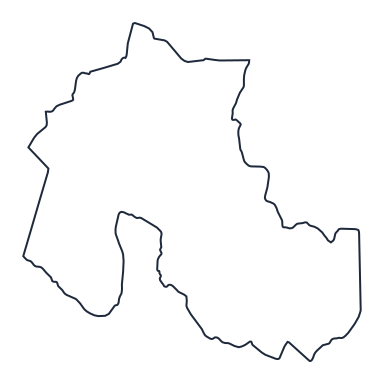 the border of Jujuy
{"feature_id": "ARG-1301", "entity_name": "Jujuy", "entity_type": "Province", "adm_level": 1, "iso_a3": "ARG", "parent_name": "Argentina", "parent_adm1": "", "projection": "albers", "projection_center": [-65.702, -23.2], "detail": "fine", "context": "isolated", "style": "outline", "palette": "slate", "viewbox_px": 384, "rotation_deg": 0, "n_neighbors": 0, "source": "natural_earth", "source_scale": "10m", "svg_char_len": 5088}
<svg xmlns="http://www.w3.org/2000/svg" viewBox="0 0 384 384"><path d="M23.3,256.2L23.6,255.0L31.1,229.5L38.5,204.1L46.0,178.7L47.9,172.3L48.4,168.5L28.4,147.4L34.0,137.9L37.2,133.9L45.4,127.2L46.6,125.4L46.9,122.8L45.8,111.7L47.7,111.6L50.2,111.8L51.9,111.4L53.3,110.4L54.3,108.8L56.5,106.3L59.5,104.8L71.8,100.8L73.1,99.9L73.1,98.6L72.4,95.2L72.7,94.2L74.1,92.4L74.9,89.7L76.1,80.8L76.9,78.0L78.3,75.7L80.9,73.4L82.4,72.7L83.6,72.8L84.8,73.2L87.0,73.5L88.8,74.1L89.3,73.9L89.7,73.2L90.0,72.3L90.4,71.7L103.2,68.1L117.9,63.7L120.6,61.6L121.0,60.5L121.7,59.3L122.5,58.4L123.5,57.8L124.9,57.6L125.4,57.9L125.6,57.7L126.3,56.3L126.7,54.5L127.8,43.4L133.0,23.7L134.9,23.0L144.3,26.1L149.1,28.5L152.5,32.2L153.9,38.0L154.4,38.6L164.6,40.4L167.1,41.8L181.3,58.6L184.5,60.9L187.9,62.0L203.3,60.2L204.1,59.8L204.6,59.3L205.2,58.8L206.1,58.7L213.8,59.8L219.7,60.5L249.2,60.2L249.0,62.8L248.5,64.2L247.1,66.4L245.9,68.6L245.3,70.4L244.2,75.1L243.9,78.8L243.9,85.6L243.7,86.6L243.4,87.4L241.4,90.4L241.1,90.9L239.9,92.7L236.8,100.1L236.4,101.9L235.7,103.7L233.2,108.4L232.8,109.6L232.6,110.6L232.7,113.3L231.9,118.7L232.4,119.7L232.7,119.8L233.9,119.9L235.6,119.5L236.5,120.0L240.4,123.6L240.7,124.7L239.0,128.1L238.5,130.0L238.3,131.8L238.4,134.8L238.5,135.8L238.8,137.3L239.0,137.9L240.3,149.2L240.5,149.8L241.4,151.3L241.9,152.5L244.0,160.4L244.4,161.3L244.8,162.0L246.4,163.7L248.6,165.6L249.8,166.1L251.2,166.4L260.4,166.6L263.5,167.0L264.4,167.4L265.4,168.2L267.1,170.1L267.8,171.2L268.3,172.0L268.7,173.2L268.8,173.9L268.9,176.9L267.4,187.4L265.4,194.7L265.0,196.6L264.9,198.0L265.1,198.6L265.3,199.2L265.6,199.7L265.9,200.2L266.3,200.6L266.8,201.0L269.1,201.8L270.0,202.0L273.5,203.6L274.8,204.8L276.6,208.2L277.8,211.9L281.6,219.4L282.1,220.6L282.2,221.2L282.4,225.3L282.7,226.5L283.2,227.1L283.8,227.3L285.1,227.3L286.6,227.5L289.6,228.4L291.9,228.1L292.3,227.9L293.1,227.4L293.5,227.0L293.9,226.7L295.9,224.7L297.0,223.9L298.0,223.6L302.7,223.1L304.8,222.4L306.0,222.4L306.7,222.5L307.6,223.3L308.7,224.6L309.2,225.0L309.6,225.3L310.4,225.7L314.6,226.8L318.1,228.7L319.7,230.2L321.9,232.1L322.3,232.5L324.2,235.3L326.5,238.0L326.8,238.5L327.2,239.2L328.0,240.4L330.9,242.4L333.3,240.5L334.1,239.1L335.3,233.8L335.7,233.0L337.9,230.6L338.7,229.3L340.0,228.9L341.0,228.7L354.7,229.1L356.6,229.4L358.3,230.0L358.9,231.5L359.1,233.3L360.7,310.0L360.4,311.6L358.7,316.8L354.8,323.7L348.3,332.8L345.3,335.9L343.9,337.0L343.5,337.4L342.4,337.8L341.8,338.0L341.1,338.0L338.9,337.8L337.6,338.1L337.0,338.3L336.4,338.4L334.3,338.5L333.4,338.7L332.4,339.1L331.7,339.6L331.3,340.1L329.6,342.9L329.0,343.5L328.3,343.8L322.9,345.2L317.1,350.5L315.4,352.4L314.1,354.6L313.2,357.4L312.4,359.1L311.8,360.0L311.3,360.6L310.8,360.8L310.3,361.0L309.5,360.9L288.9,342.3L287.6,341.9L286.2,343.8L284.5,346.4L279.5,358.2L279.1,358.6L278.6,358.8L278.0,359.0L277.3,359.0L275.8,358.8L265.4,354.8L261.9,352.6L252.7,345.0L252.3,344.5L252.1,344.0L251.7,342.7L251.5,342.1L251.0,341.6L250.5,341.5L249.9,341.6L245.5,344.7L242.9,346.0L241.6,346.5L238.8,347.2L234.5,346.0L229.6,343.6L228.4,343.2L227.6,343.1L225.0,343.0L222.4,342.2L221.2,341.1L218.8,338.6L217.8,337.9L216.9,337.5L216.1,337.4L215.5,337.4L215.0,337.4L214.7,337.5L213.3,338.5L212.6,338.8L211.5,339.0L210.4,338.7L206.9,336.7L205.8,335.9L205.1,335.3L203.9,333.4L201.9,329.2L190.9,314.4L187.2,308.1L186.4,305.8L186.8,300.8L186.4,296.4L184.1,294.6L179.0,292.1L178.2,291.6L177.1,290.3L173.1,286.3L171.9,285.4L170.8,284.9L170.0,284.8L169.3,284.8L168.7,284.9L168.2,285.2L167.8,285.6L167.5,286.1L167.0,286.5L166.3,286.8L165.2,286.7L164.5,286.4L164.0,286.0L163.2,284.4L162.1,283.1L160.1,280.2L159.8,278.6L160.1,277.8L160.7,276.5L160.9,275.6L160.7,275.1L160.4,274.7L160.1,274.4L159.9,274.1L159.5,273.3L159.4,271.6L159.2,271.1L158.7,271.0L158.1,270.9L157.5,270.4L157.3,269.8L157.2,269.1L157.6,260.7L157.8,259.7L158.0,259.0L159.2,256.7L159.5,256.3L161.2,254.4L161.5,253.7L161.5,253.1L160.3,250.5L160.1,250.0L160.1,249.6L161.3,247.1L160.7,241.4L160.7,239.0L161.5,234.7L161.5,233.6L161.4,232.7L160.9,231.6L160.1,230.7L156.9,227.5L141.3,218.1L140.7,217.9L140.1,217.7L139.4,217.7L138.2,217.9L136.8,218.0L135.1,217.2L131.8,214.6L128.9,214.7L123.8,212.3L122.5,212.0L121.4,211.9L120.5,212.2L120.0,212.5L119.5,213.0L118.9,214.0L118.6,214.6L115.8,226.9L115.5,229.9L115.6,233.3L115.9,234.5L118.3,241.2L118.8,242.9L122.2,251.2L123.1,254.4L123.6,261.2L123.1,271.8L121.9,284.3L122.0,289.0L121.7,292.3L121.3,293.9L120.6,295.0L119.8,296.7L119.0,299.1L118.6,302.7L117.9,304.2L117.1,305.0L115.3,305.4L114.6,305.9L108.9,313.8L105.2,315.8L98.3,316.1L94.4,315.3L90.1,313.4L86.6,311.3L84.2,309.1L80.2,303.5L76.4,299.4L75.5,298.8L66.6,294.9L64.9,293.7L64.1,292.8L62.2,290.0L58.4,286.3L58.1,285.8L57.9,285.3L57.3,283.2L56.8,282.3L56.2,281.9L55.4,281.8L54.6,281.8L53.4,281.7L52.7,281.3L52.2,280.9L51.8,279.8L51.1,277.7L51.0,277.4L46.1,272.6L43.0,268.9L42.1,268.1L41.4,267.5L40.8,267.2L39.4,266.8L37.2,266.6L36.3,266.5L35.0,266.0L34.4,265.5L33.9,265.0L31.8,262.3L31.1,261.6L30.4,261.1L27.5,260.2L26.7,259.8L26.0,259.1L23.3,256.3L23.3,256.2Z" fill="none" stroke="#1e293b" stroke-width="2"/></svg>